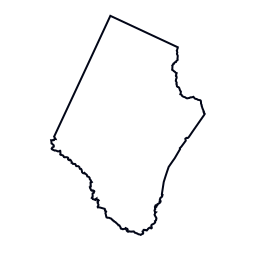 the district of Caroebe, Roraima, Brazil, rotated 205°
{"feature_id": "56859067B41446957108581", "entity_name": "Caroebe", "entity_type": "district", "adm_level": 2, "iso_a3": "BRA", "parent_name": "Brazil", "parent_adm1": "Roraima", "projection": "albers", "projection_center": [-59.482, 0.945], "detail": "fine", "context": "isolated", "style": "outline", "palette": "ink", "viewbox_px": 256, "rotation_deg": 205, "n_neighbors": 0, "source": "geoboundaries", "source_scale": "gbopen_adm2", "svg_char_len": 5380}
<svg xmlns="http://www.w3.org/2000/svg" viewBox="0 0 256 256"><g transform="rotate(205 128 128)"><path d="M191.4,222.2L191.3,176.8L191.3,134.5L191.3,133.6L191.3,88.9L190.8,88.7L190.1,88.0L189.5,87.8L189.0,87.4L189.9,87.1L190.1,86.5L189.9,85.9L190.2,85.5L190.7,85.5L191.3,85.1L191.6,84.7L192.1,84.6L192.5,84.4L192.2,84.0L191.7,83.4L190.8,81.7L190.4,81.7L188.1,81.0L187.6,80.3L187.4,79.8L187.7,79.6L187.9,78.7L188.4,78.2L188.3,77.6L188.5,77.1L188.2,76.7L187.2,76.5L186.6,76.6L186.1,76.5L185.3,76.6L184.8,76.6L184.6,76.9L183.9,77.1L183.3,77.1L182.9,77.2L182.1,77.1L181.5,77.2L181.0,77.6L180.5,77.8L180.2,78.5L179.8,78.7L179.4,78.2L179.3,77.8L178.9,77.2L178.4,76.4L178.3,75.5L177.8,75.2L177.1,75.4L176.6,75.6L176.0,75.5L175.0,75.6L173.8,74.6L173.0,74.7L172.6,75.0L171.5,75.5L170.9,75.7L170.1,75.8L169.6,75.6L169.4,75.2L169.3,74.6L169.0,74.2L168.4,74.0L167.6,74.0L167.5,74.6L167.1,74.8L166.5,74.7L164.8,73.6L164.5,73.0L164.4,72.6L163.6,72.7L163.1,72.3L162.6,72.2L162.3,72.5L161.8,72.6L161.0,73.0L160.5,73.0L159.9,72.6L159.3,71.9L158.7,71.6L157.6,72.1L156.8,72.4L155.7,72.1L155.4,71.8L154.4,70.7L153.5,71.1L153.1,71.0L152.4,70.5L152.1,70.1L151.6,69.5L150.9,68.5L149.7,68.1L148.5,68.3L148.4,68.9L147.5,68.6L145.6,68.2L145.0,67.5L144.4,66.9L143.4,67.1L142.8,67.1L141.8,66.7L141.1,65.6L139.5,64.8L139.3,64.2L138.5,64.0L137.9,63.7L138.2,63.2L138.8,62.5L138.3,61.5L137.9,61.0L137.6,59.9L137.1,59.7L137.0,58.9L137.6,58.3L137.2,57.8L136.5,57.1L135.7,56.7L135.1,56.0L134.4,55.9L133.9,55.9L133.6,56.6L132.7,56.7L132.0,56.6L131.7,56.2L131.8,55.7L131.6,54.8L132.2,54.1L132.4,53.7L132.3,53.3L131.2,51.3L130.9,50.4L131.3,50.0L131.3,49.3L130.8,49.3L129.9,48.7L128.8,48.9L128.1,48.9L127.2,49.0L127.4,49.7L126.9,50.5L126.8,50.1L126.3,49.9L125.5,50.3L124.5,50.2L124.0,50.0L124.2,49.6L124.5,49.1L124.4,48.2L123.8,48.1L123.8,47.2L122.4,46.1L122.2,45.6L122.2,43.7L121.7,43.3L121.1,43.7L119.8,44.1L115.5,44.8L115.0,44.9L114.8,44.5L114.0,44.0L113.9,43.3L112.8,43.2L112.4,42.9L112.6,42.1L112.5,41.3L111.5,40.2L110.8,39.2L110.2,38.4L109.6,37.9L109.1,38.1L108.7,38.0L108.0,38.3L107.2,38.6L106.7,38.7L105.9,38.6L105.1,38.8L104.5,38.6L104.0,38.3L103.3,38.3L103.1,38.0L102.7,37.8L101.5,37.8L101.0,37.4L100.1,37.4L99.5,37.4L99.0,37.1L97.9,36.8L96.1,36.2L95.6,35.8L95.2,36.1L94.6,36.1L94.1,35.7L93.2,35.1L92.8,34.8L92.3,34.4L92.2,34.0L91.9,33.8L91.1,33.9L90.5,34.1L90.1,34.0L89.7,34.2L89.3,34.5L89.0,34.8L88.3,35.3L87.8,35.4L87.8,36.3L87.2,36.3L86.6,36.1L86.1,36.3L85.5,36.0L85.2,35.4L85.5,34.9L85.7,34.4L85.2,34.2L84.6,34.0L84.1,34.0L83.7,34.3L83.0,35.0L82.6,35.0L82.1,35.1L81.4,35.5L80.8,35.6L80.4,36.0L79.8,36.2L79.5,36.5L79.0,36.7L77.6,36.0L77.1,36.2L76.5,36.2L75.9,36.1L75.5,36.3L74.8,36.3L74.2,36.2L73.8,36.1L73.3,36.2L72.5,36.4L72.0,36.6L71.3,36.5L70.7,37.4L70.4,37.9L69.8,38.4L69.8,39.3L70.2,39.6L70.8,40.0L71.1,40.4L70.8,40.8L70.7,41.4L70.8,42.3L70.2,42.6L69.6,42.5L69.0,43.0L68.6,43.1L68.1,42.9L67.6,43.2L67.6,43.7L67.3,44.3L67.2,45.3L66.8,45.7L66.7,46.3L66.1,47.0L65.6,47.2L65.2,46.9L64.8,46.8L64.4,46.9L64.2,47.3L64.3,47.7L64.8,48.3L65.2,48.8L65.5,49.1L65.7,49.8L65.4,50.7L65.0,51.1L64.2,52.2L63.9,52.6L63.5,53.9L63.7,54.5L64.2,55.0L63.9,55.5L63.6,56.4L63.7,56.8L64.0,57.2L63.9,57.8L64.2,58.2L64.6,58.8L65.2,59.1L65.7,59.3L66.3,59.9L67.3,60.6L67.3,61.4L67.5,62.3L67.1,63.4L68.0,63.2L68.3,63.7L69.0,64.2L69.2,64.8L69.0,65.9L69.3,66.3L69.6,66.6L69.9,67.2L69.5,67.2L69.3,67.8L69.7,67.7L69.8,68.1L70.1,68.6L69.6,68.8L70.0,69.2L70.2,69.7L69.8,70.0L69.0,70.2L69.1,71.2L68.7,71.3L68.7,72.0L68.4,72.4L68.0,72.8L67.8,73.1L67.6,73.5L67.9,73.9L68.1,74.3L67.5,74.4L67.3,74.9L67.6,75.6L68.2,76.1L68.8,76.3L69.0,77.0L68.9,77.5L69.1,78.1L68.8,78.5L68.8,79.0L68.5,79.5L68.2,79.9L68.2,81.0L68.4,81.7L68.8,81.4L69.3,82.2L72.8,94.2L73.6,100.2L74.2,105.2L74.4,107.2L74.7,109.9L73.5,117.0L72.9,120.2L71.9,130.9L72.5,131.6L71.8,133.5L70.3,140.9L70.5,141.3L71.0,141.7L71.2,142.2L71.5,142.6L71.2,143.2L70.5,144.0L70.0,144.0L69.6,144.2L69.1,145.3L68.5,148.9L68.0,152.0L64.6,171.5L64.4,173.2L64.9,173.6L65.4,173.6L65.8,174.2L66.0,174.7L66.5,174.7L66.7,175.4L67.2,175.8L68.1,176.7L68.5,176.9L68.7,177.2L69.2,177.7L69.9,178.5L70.3,179.0L70.7,179.2L70.8,179.7L71.1,180.1L72.1,180.9L72.4,181.5L72.7,182.2L73.5,183.4L74.1,183.7L76.7,183.1L78.0,183.3L79.3,182.9L80.0,183.0L80.6,183.3L81.9,183.9L83.1,182.8L84.3,182.2L84.7,181.8L84.9,181.3L86.6,180.1L87.0,179.8L88.2,179.8L89.3,180.0L90.5,179.8L91.9,179.8L92.8,180.1L93.4,180.7L94.0,180.8L94.8,180.7L95.0,182.0L95.5,183.4L96.1,183.7L96.5,183.9L96.9,184.2L97.4,184.8L98.6,186.0L99.5,186.4L100.3,186.2L100.8,186.3L101.3,186.5L101.6,187.0L102.1,187.7L102.3,188.2L102.8,188.4L102.9,189.1L103.0,189.6L103.8,190.3L104.6,190.9L104.7,191.5L104.9,192.0L105.1,192.7L105.0,193.3L105.2,194.0L105.4,194.7L105.8,195.1L106.4,195.2L106.7,195.6L106.6,196.2L106.9,196.5L106.9,196.9L107.0,197.4L107.1,198.3L108.0,198.2L108.4,198.3L108.8,198.6L109.7,198.8L110.2,198.9L110.6,198.9L111.0,199.1L111.5,199.3L112.1,199.3L112.6,199.4L113.0,200.8L113.4,201.7L113.5,202.1L113.8,202.7L114.3,203.3L114.0,204.0L114.1,204.5L114.0,205.5L113.5,205.7L113.5,206.8L113.3,207.3L112.4,208.1L112.5,208.8L112.4,209.6L111.8,210.3L111.9,210.9L112.1,211.4L112.6,212.0L112.7,212.5L113.1,213.7L113.6,214.7L114.8,215.6L115.1,216.1L115.2,217.2L115.8,218.0L116.5,218.7L116.4,219.4L116.6,219.9L116.7,220.7L116.7,221.3L117.0,221.7L117.0,222.2L140.5,222.2L150.3,222.2L191.4,222.2Z" fill="none" stroke="#020617" stroke-width="2"/></g></svg>